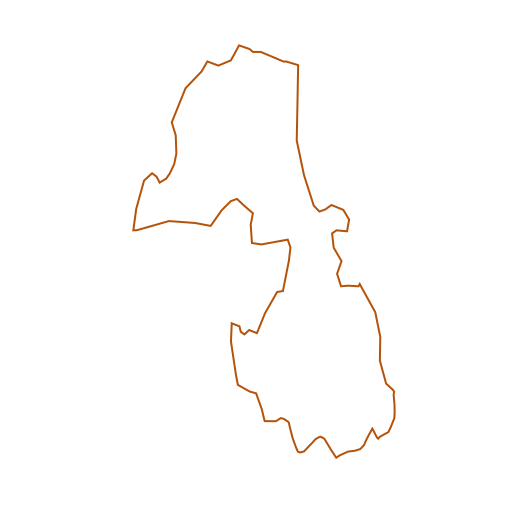 outline of An Nuhud, North Kordufan, Sudan, rotated 352°
{"feature_id": "16777658B62353241688309", "entity_name": "An Nuhud", "entity_type": "district", "adm_level": 2, "iso_a3": "SDN", "parent_name": "Sudan", "parent_adm1": "North Kordufan", "projection": "equal_earth", "projection_center": [28.354, 13.164], "detail": "fine", "context": "isolated", "style": "outline", "palette": "amber", "viewbox_px": 512, "rotation_deg": 352, "n_neighbors": 0, "source": "geoboundaries", "source_scale": "gbopen_adm2", "svg_char_len": 1916}
<svg xmlns="http://www.w3.org/2000/svg" viewBox="0 0 512 512"><g transform="rotate(352 256 256)"><path d="M366.8,336.9L366.3,328.3L354.8,298.2L353.3,300.3L343.7,298.3L336.0,297.8L333.8,284.9L340.0,273.0L334.1,258.6L334.5,244.2L339.3,241.8L349.6,244.2L353.3,232.9L348.9,222.5L337.8,216.0L331.2,219.5L325.0,220.8L320.2,214.2L314.8,182.7L312.4,147.3L315.8,126.2L318.6,108.7L324.2,73.5L324.3,72.9L324.2,72.8L318.8,70.3L315.3,68.7L312.8,67.5L312.7,67.5L310.8,67.5L305.8,64.6L305.4,64.3L295.0,58.1L294.4,57.8L289.0,54.5L288.4,54.5L281.4,53.5L279.6,51.5L278.3,50.1L268.5,45.1L264.8,50.1L263.0,52.6L258.3,58.8L245.2,62.2L234.9,56.6L234.7,56.8L227.9,65.6L209.6,80.0L191.2,111.9L193.3,125.4L191.4,143.5L187.8,153.6L182.1,162.3L177.8,166.9L170.8,169.9L168.6,163.6L164.6,159.6L155.6,165.8L143.9,192.8L138.1,213.5L141.3,213.9L174.6,209.3L200.2,214.8L215.3,219.9L228.3,206.0L238.6,198.2L245.1,196.8L251.3,204.6L258.9,213.2L255.1,224.3L253.8,242.6L262.9,245.3L289.7,244.2L291.3,252.3L288.0,265.0L277.8,294.4L271.9,294.6L257.0,313.9L246.2,332.5L238.9,328.4L233.6,332.0L230.4,329.0L229.8,323.3L222.6,319.3L219.3,337.3L219.6,370.7L220.1,381.1L228.1,387.2L231.0,389.4L237.0,392.0L240.4,408.5L241.0,414.7L241.6,420.7L247.6,421.6L252.7,422.4L257.9,420.0L259.4,420.5L260.8,421.2L264.1,424.0L264.8,424.7L265.3,425.6L265.9,432.3L267.0,441.9L269.0,451.2L270.2,455.5L272.3,456.7L276.4,456.2L276.7,455.9L279.5,453.7L284.7,449.6L289.6,445.6L291.6,444.8L293.5,444.1L295.1,444.0L298.2,446.4L303.7,459.2L307.4,466.9L311.4,465.0L320.0,462.5L326.9,462.6L332.4,461.7L332.8,461.4L336.6,458.3L339.7,453.3L342.9,448.8L347.2,443.1L347.3,443.3L350.5,452.5L351.6,453.9L352.0,453.5L353.2,452.4L357.8,450.6L362.6,448.8L364.8,445.4L365.5,444.4L370.5,435.7L370.6,434.9L371.6,429.6L372.1,425.4L372.4,423.3L373.0,412.4L373.9,409.6L373.0,407.6L371.8,406.2L367.1,400.5L364.1,376.8L367.8,353.5L366.8,336.9Z" fill="none" stroke="#b45309" stroke-width="2"/></g></svg>